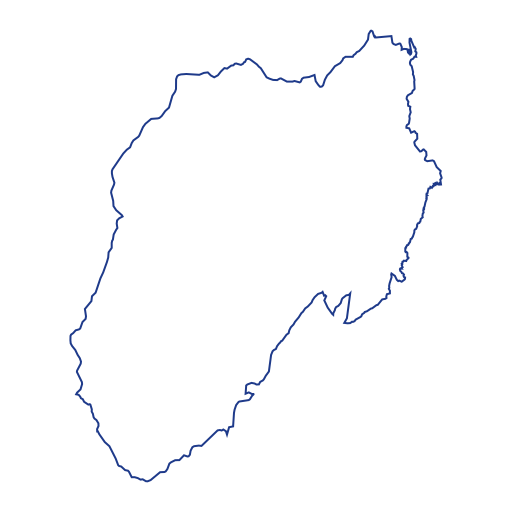 outline of Ambato, Tungurahua, Ecuador
{"feature_id": "8360857B61692882319499", "entity_name": "Ambato", "entity_type": "district", "adm_level": 2, "iso_a3": "ECU", "parent_name": "Ecuador", "parent_adm1": "Tungurahua", "projection": "equal_earth", "projection_center": [-78.682, -1.291], "detail": "fine", "context": "isolated", "style": "outline", "palette": "blue", "viewbox_px": 512, "rotation_deg": 0, "n_neighbors": 0, "source": "geoboundaries", "source_scale": "gbopen_adm2", "svg_char_len": 5953}
<svg xmlns="http://www.w3.org/2000/svg" viewBox="0 0 512 512"><path d="M414.7,47.1L414.2,47.4L411.3,40.6L411.1,39.1L410.2,38.5L409.6,38.9L409.5,42.6L411.4,52.2L411.0,53.9L410.3,54.5L409.1,49.7L408.7,49.7L408.4,52.9L408.0,52.5L407.6,50.2L406.9,49.1L403.9,48.9L401.6,49.8L401.8,47.1L400.3,43.7L399.4,43.5L395.8,44.9L393.5,44.0L392.4,42.7L391.4,36.1L375.8,37.5L375.0,36.4L374.6,37.0L374.2,36.5L372.5,31.4L371.4,30.7L370.7,30.8L368.7,34.0L368.0,39.6L364.2,45.6L359.2,51.0L356.7,52.2L355.5,53.8L353.6,55.2L352.8,56.8L345.5,56.8L343.2,58.4L342.5,60.2L340.2,63.1L334.9,66.2L330.4,72.2L327.2,75.4L324.9,79.7L323.1,85.3L321.9,86.5L320.7,86.8L319.9,86.7L318.2,84.8L315.7,81.2L314.5,75.0L309.1,77.0L303.6,77.7L302.0,78.8L300.8,81.6L299.7,82.4L294.5,81.0L292.5,81.6L286.9,81.6L280.9,78.4L279.7,78.6L277.1,80.1L273.0,79.9L269.3,78.6L266.6,77.3L260.8,68.2L259.0,66.8L256.9,64.4L250.0,59.3L248.1,58.7L246.2,59.4L245.1,61.9L244.1,62.2L243.0,63.8L240.9,64.9L236.2,63.5L234.7,63.8L233.4,65.3L231.2,65.6L227.1,68.6L224.4,68.1L220.9,71.5L217.9,75.3L214.2,77.3L210.9,75.5L207.8,72.4L203.9,72.9L199.3,74.8L186.3,74.0L181.0,74.4L178.5,75.1L177.1,76.4L176.1,79.2L176.0,89.0L175.1,91.7L172.4,95.7L169.0,107.6L165.2,111.1L161.7,116.0L159.5,117.9L157.8,118.4L151.2,118.9L145.4,123.8L143.0,127.1L139.2,135.7L138.2,136.9L133.4,140.4L131.7,143.1L130.1,147.3L126.8,149.7L123.3,153.5L112.5,169.3L111.9,171.0L111.9,173.4L112.5,176.9L114.4,182.7L114.0,184.6L111.4,190.6L111.1,192.7L113.2,200.9L113.5,206.1L116.2,210.2L121.9,215.2L122.6,216.5L119.2,218.3L117.1,220.4L116.7,223.6L117.4,228.0L116.2,229.7L113.7,234.4L112.9,239.6L112.2,240.7L111.7,242.9L111.7,247.9L108.6,252.3L108.2,257.6L106.9,262.1L103.2,272.4L100.4,278.4L95.6,292.7L92.0,296.2L91.4,301.1L84.9,309.0L86.0,316.3L85.6,318.9L82.5,322.0L80.2,328.5L79.0,329.4L75.7,330.3L73.2,333.1L71.1,334.6L70.5,335.9L70.4,340.2L70.7,343.4L72.1,346.0L75.3,350.0L77.6,354.8L79.8,358.2L81.0,361.6L80.7,363.7L77.1,370.6L76.9,371.9L81.9,382.1L82.1,384.1L80.5,389.4L77.1,392.6L76.2,394.3L78.6,394.8L80.2,396.6L80.9,398.2L82.8,399.2L84.1,401.8L88.3,404.6L89.8,404.2L90.4,404.7L91.8,409.3L91.7,411.6L92.9,413.8L93.6,417.2L94.5,418.6L96.4,420.0L98.4,423.3L98.5,426.0L97.1,429.1L97.2,431.4L97.8,431.3L99.4,434.4L104.8,442.1L109.4,446.2L115.7,458.6L118.2,465.2L119.1,466.0L121.2,466.5L125.1,470.1L128.0,470.7L129.0,471.8L131.7,477.2L134.7,477.2L137.8,478.1L140.5,479.6L142.7,479.3L145.9,481.2L147.6,481.3L150.6,480.1L160.1,472.2L164.5,472.0L165.7,471.4L167.4,469.0L169.4,463.6L171.0,462.3L175.2,460.2L179.4,460.1L184.0,455.3L187.5,456.5L188.6,456.3L189.9,454.7L190.6,450.7L192.4,447.2L194.1,446.2L198.8,445.6L201.5,445.9L217.6,430.4L219.9,430.0L221.7,430.5L223.3,429.5L225.9,431.2L227.0,434.6L229.1,427.2L233.1,426.4L234.0,412.8L234.6,409.6L236.2,405.0L238.6,401.9L239.5,401.5L248.7,400.1L249.9,399.3L252.0,395.9L253.5,394.4L253.4,394.0L251.9,394.0L248.8,392.4L245.6,393.7L246.2,385.5L247.3,384.5L251.5,382.9L254.6,383.5L256.4,384.5L258.9,384.4L260.2,381.9L262.9,380.4L263.9,379.2L265.8,375.7L268.9,371.5L271.1,354.9L272.6,351.2L273.9,350.0L275.9,349.0L277.1,346.1L279.0,343.6L280.3,342.4L280.9,341.3L282.2,340.7L286.5,334.7L288.6,333.2L289.3,330.3L290.8,327.3L293.5,324.5L295.0,321.8L298.7,317.4L301.4,313.1L302.9,311.8L305.2,308.4L307.8,306.5L311.6,302.5L312.6,300.1L314.6,297.2L318.1,293.9L321.6,292.8L322.6,291.9L324.1,295.7L325.2,295.2L326.2,296.2L324.3,300.4L327.7,307.6L332.1,313.8L333.2,314.8L333.3,313.2L334.8,310.3L335.2,308.6L336.2,307.0L338.3,305.9L340.7,303.1L341.9,299.2L342.6,298.2L346.3,295.3L348.9,294.9L350.2,293.4L346.9,318.3L344.3,322.9L347.6,323.3L350.2,323.1L352.1,321.7L352.9,321.9L354.5,321.2L355.7,319.6L360.6,316.9L361.3,316.3L362.1,314.3L364.3,312.8L364.7,312.0L366.9,311.3L370.9,308.6L372.2,308.3L376.5,305.1L377.7,304.9L382.2,299.4L385.4,298.8L386.5,298.0L386.3,296.5L386.9,294.2L389.9,293.4L389.9,290.7L388.8,288.8L389.3,287.9L389.1,286.0L389.6,283.4L391.6,277.2L391.2,274.4L391.5,273.5L394.9,275.9L396.8,279.8L398.2,281.1L399.2,280.6L401.7,281.7L404.5,279.6L405.0,278.9L405.1,277.5L404.2,277.3L403.5,275.8L404.0,274.7L403.1,273.5L402.0,273.2L401.5,272.1L400.2,270.8L399.9,269.2L400.1,268.7L401.8,268.7L401.3,268.0L402.6,267.2L401.7,265.2L402.3,264.2L401.7,263.7L402.5,262.6L402.5,261.7L403.4,261.4L403.8,260.7L406.2,261.0L406.4,260.2L408.5,258.1L408.5,257.6L407.3,256.8L407.4,253.0L406.6,252.0L405.8,252.2L405.3,251.6L405.3,248.1L406.1,247.7L406.1,246.6L406.8,246.0L407.0,245.2L408.2,244.9L408.7,243.5L409.2,243.4L409.4,242.6L410.0,242.1L410.7,239.0L411.8,238.6L412.3,237.3L412.8,236.9L414.3,232.4L414.4,230.4L414.9,229.5L416.2,228.8L417.2,226.1L417.0,225.1L417.8,223.4L419.3,223.0L419.6,222.1L420.3,221.6L420.8,218.9L422.7,217.3L422.4,216.0L422.8,213.5L423.6,212.6L423.2,210.1L424.0,209.5L423.6,208.4L424.1,208.2L424.0,207.3L424.5,206.7L425.4,202.4L426.6,199.3L426.3,198.3L426.8,197.9L426.4,196.8L426.6,195.8L427.2,195.5L426.4,194.9L426.6,193.6L427.4,193.4L428.5,188.6L429.9,188.4L430.4,186.9L431.9,187.8L432.8,186.0L433.5,186.3L434.0,185.6L433.8,184.3L435.2,184.9L435.2,184.3L434.5,183.5L435.3,183.1L435.6,184.6L436.4,184.4L437.1,182.8L438.0,184.1L439.1,183.3L439.2,184.6L441.0,184.5L440.3,179.6L441.5,178.3L441.6,177.6L440.1,173.3L440.7,171.0L436.7,167.1L434.0,161.2L432.6,160.4L427.3,161.2L425.1,160.1L424.8,159.3L425.0,158.4L426.5,155.4L426.2,151.9L423.7,149.4L423.0,149.6L421.4,151.2L420.0,151.5L415.0,145.3L414.3,142.6L414.5,141.7L417.3,138.7L417.1,133.8L415.6,132.9L415.1,131.7L414.3,131.2L411.1,132.7L409.2,128.3L406.4,127.8L406.4,126.4L406.9,125.1L408.6,123.9L409.0,123.1L409.7,118.6L409.3,116.1L410.7,112.3L410.0,109.2L410.3,106.7L408.2,105.8L408.0,103.9L408.4,101.8L406.6,98.8L406.9,96.8L407.9,95.3L411.9,93.0L412.7,90.8L414.4,89.3L414.6,88.6L414.2,81.5L414.5,80.1L413.7,75.9L412.9,74.4L413.1,72.1L411.7,66.2L410.3,64.7L409.9,63.0L410.2,61.5L411.1,59.7L413.2,58.7L414.5,56.7L416.2,56.8L415.8,55.4L416.4,53.7L416.4,52.3L415.3,51.4L415.7,48.9L414.7,47.1Z" fill="none" stroke="#1e3a8a" stroke-width="2"/></svg>